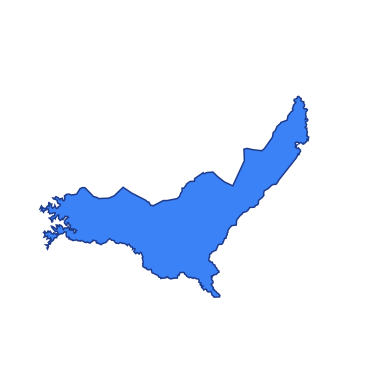 Jardim, Mato Grosso do Sul, Brazil (Albers equal-area conic projection), rotated 136°
{"feature_id": "56859067B9427285142105", "entity_name": "Jardim", "entity_type": "district", "adm_level": 2, "iso_a3": "BRA", "parent_name": "Brazil", "parent_adm1": "Mato Grosso do Sul", "projection": "albers", "projection_center": [-56.285, -21.608], "detail": "fine", "context": "isolated", "style": "filled", "palette": "blue", "viewbox_px": 384, "rotation_deg": 136, "n_neighbors": 0, "source": "geoboundaries", "source_scale": "gbopen_adm2", "svg_char_len": 6087}
<svg xmlns="http://www.w3.org/2000/svg" viewBox="0 0 384 384"><g transform="rotate(136 192 192)"><path d="M283.7,277.4L284.9,277.7L285.6,277.2L286.4,277.8L288.4,275.2L290.3,274.6L290.8,275.7L289.5,277.5L291.3,278.5L292.4,278.2L292.2,280.7L293.1,283.2L294.4,282.9L295.5,283.3L296.2,284.3L296.4,283.1L295.4,281.7L294.8,279.7L296.3,277.4L296.0,275.9L295.4,275.3L295.5,274.4L296.5,273.7L299.0,274.2L300.0,273.7L300.7,274.1L300.9,275.0L299.9,277.6L300.9,276.9L303.6,277.2L303.0,279.5L301.2,280.7L302.3,281.5L302.0,283.0L302.4,283.8L303.3,283.2L304.5,280.9L305.0,282.1L306.4,282.3L308.3,281.6L309.3,282.4L310.3,284.3L310.0,286.6L313.0,285.4L311.1,284.7L311.7,283.7L313.5,283.3L312.6,282.7L312.8,280.5L311.7,281.1L307.2,280.0L308.3,277.8L309.5,277.2L309.0,276.2L309.4,274.9L308.5,274.7L307.6,273.6L305.7,273.1L304.9,272.1L307.2,270.6L308.9,271.5L311.6,271.5L312.8,272.3L312.6,269.7L313.6,267.8L312.8,267.5L311.2,269.0L310.3,269.1L309.3,268.9L309.0,267.6L308.3,268.3L304.6,268.6L303.8,268.2L306.5,265.5L306.1,264.5L306.7,263.2L304.7,262.7L303.7,263.0L303.9,261.8L300.0,262.7L299.7,261.7L298.7,261.1L298.5,259.5L302.2,260.2L305.2,258.6L305.6,255.9L305.3,254.8L303.7,256.1L302.6,256.4L302.2,255.7L303.3,253.5L302.5,252.5L304.2,251.3L304.7,250.2L304.1,248.4L302.8,248.0L302.6,246.6L301.8,245.8L301.8,244.4L302.9,244.6L303.5,243.8L305.3,244.2L303.9,246.7L306.6,250.1L305.7,250.7L305.1,252.7L307.4,253.1L308.4,254.5L310.6,254.3L309.4,256.9L309.5,259.0L310.2,260.5L311.5,259.4L312.1,260.4L311.7,261.5L312.6,262.6L314.2,259.3L315.2,259.2L316.2,263.8L316.9,265.0L317.5,263.5L317.8,258.3L316.9,258.3L316.4,257.1L316.7,255.7L317.6,255.1L318.2,256.0L319.1,255.6L319.8,258.6L320.7,258.1L321.7,259.2L321.3,262.4L322.7,262.3L322.6,263.9L324.9,263.5L325.5,264.3L325.2,266.1L327.0,265.9L326.5,265.0L327.7,263.1L329.8,262.3L326.4,260.7L326.9,260.0L328.9,258.9L327.8,258.6L326.7,257.0L325.7,257.3L325.9,256.3L326.2,255.5L330.4,255.6L330.4,254.4L331.5,254.1L330.0,252.9L328.5,254.1L325.2,253.6L322.9,254.7L321.1,253.1L320.3,253.8L318.5,254.0L315.3,253.2L314.2,252.0L311.1,251.7L310.3,250.6L313.0,247.8L313.3,246.6L311.9,244.9L312.8,244.5L313.1,243.6L311.9,242.5L312.3,241.8L311.5,241.0L311.5,239.9L308.1,237.5L308.1,236.3L307.4,235.9L306.5,234.2L305.2,234.1L303.9,230.1L303.2,229.1L301.8,228.5L301.5,227.1L300.7,226.0L299.6,226.2L297.6,225.5L296.7,226.1L296.1,225.4L294.8,222.9L296.1,222.0L295.7,220.9L294.6,220.2L294.8,219.2L293.8,217.2L292.2,217.1L289.0,215.5L285.1,215.9L283.5,215.6L283.4,213.4L281.7,211.0L282.2,209.9L282.2,208.0L280.5,205.9L278.6,205.4L277.7,203.2L276.9,202.9L275.9,200.9L275.6,198.3L274.3,198.8L273.5,197.8L274.2,195.1L273.3,194.1L273.5,192.7L274.5,192.0L273.3,191.8L272.5,190.9L273.0,190.2L275.2,189.6L275.3,186.7L273.4,186.6L273.2,184.1L271.0,184.5L270.7,183.7L272.4,179.3L273.3,179.4L276.2,174.9L277.1,174.9L277.6,173.8L278.7,173.2L279.1,172.3L278.5,170.0L277.7,169.5L278.2,168.3L277.5,166.3L275.1,164.8L276.8,161.7L274.4,155.5L275.0,153.8L273.9,152.2L274.5,151.5L270.5,148.4L269.3,148.7L268.3,148.0L268.8,147.2L267.7,144.3L264.5,142.3L262.4,140.3L260.1,141.9L259.3,141.9L259.0,141.1L256.5,142.4L254.1,140.1L253.6,139.2L254.3,138.1L253.9,137.0L254.3,135.1L253.5,132.2L252.4,131.9L251.3,129.2L250.0,129.1L249.4,127.0L247.9,124.9L248.2,123.5L249.7,122.4L249.5,121.3L248.7,120.6L249.6,119.4L250.3,119.8L250.7,119.0L249.5,116.9L250.7,117.3L251.5,116.6L251.0,115.7L251.6,113.3L249.7,112.8L249.4,111.7L250.1,109.8L249.6,108.6L247.6,107.4L249.2,103.6L248.9,102.2L249.2,101.1L245.1,97.4L243.8,98.2L243.6,100.5L244.1,101.8L243.8,103.4L244.2,104.5L243.8,106.6L244.6,107.2L243.1,108.4L242.6,111.7L242.1,112.4L240.9,111.8L239.7,112.3L238.9,113.4L238.7,115.5L236.5,116.9L237.1,117.5L236.4,118.1L234.4,116.9L233.4,117.2L232.0,115.9L229.3,116.0L228.2,115.6L227.5,116.8L227.9,118.5L227.2,119.9L227.2,122.5L226.3,123.3L227.0,125.2L226.2,127.7L227.5,129.0L227.0,130.1L227.5,130.8L227.3,131.6L224.2,133.3L222.5,135.0L221.3,134.5L219.2,134.9L215.0,133.5L209.9,135.7L208.6,135.4L207.1,133.8L205.7,133.7L200.6,136.1L199.7,135.1L198.2,136.3L196.2,136.9L195.4,138.0L194.1,138.1L193.0,139.3L189.1,140.2L186.6,140.1L183.1,137.5L179.4,140.8L173.8,141.6L171.2,141.3L170.0,141.9L166.4,140.2L164.5,140.0L161.2,140.7L158.0,138.0L157.0,137.7L156.2,138.2L153.4,137.2L152.1,137.7L150.6,139.3L149.4,139.7L145.7,139.3L142.7,139.6L141.2,141.5L139.1,142.7L135.3,141.6L129.7,141.5L127.9,140.7L126.4,139.3L125.5,139.2L120.5,140.4L93.1,144.1L90.3,145.2L89.5,144.7L89.0,145.6L88.3,144.8L87.3,145.7L85.8,145.8L84.9,146.8L84.9,149.9L86.0,150.0L86.5,152.6L85.3,152.3L83.9,152.9L85.0,153.5L83.3,155.8L81.8,155.1L80.9,153.2L81.5,152.5L79.6,152.2L78.9,151.4L79.1,149.8L78.4,148.9L77.7,149.4L76.6,148.7L73.7,148.9L73.0,149.8L72.9,148.4L71.9,148.8L70.9,150.0L69.9,150.4L70.5,152.8L69.4,153.1L69.0,154.4L67.7,154.6L66.1,157.3L65.1,158.0L65.9,158.7L65.6,160.1L64.5,159.8L62.5,161.1L62.5,162.6L61.7,163.5L59.5,162.9L58.5,163.5L58.3,164.8L60.1,165.6L57.7,166.7L56.8,168.4L54.5,170.5L52.4,170.6L51.7,171.2L52.2,173.0L53.4,173.4L53.5,174.5L53.2,175.6L51.8,175.5L50.4,176.6L49.9,178.7L49.0,179.1L50.3,181.9L48.5,183.4L49.0,184.3L48.8,186.6L49.9,187.3L51.5,186.3L54.2,187.6L55.1,186.9L55.5,185.7L54.7,184.7L55.4,184.1L58.8,184.0L59.6,183.1L61.9,182.2L62.3,180.9L63.4,180.5L64.5,180.9L70.1,180.1L73.6,177.6L79.8,180.3L80.9,179.9L85.2,180.1L89.7,178.2L92.2,178.4L96.2,175.5L109.9,172.9L113.1,173.2L118.5,179.7L122.2,185.2L124.9,186.7L132.6,178.1L158.4,168.1L161.7,176.8L162.9,185.5L163.1,191.8L168.0,195.8L169.9,196.3L170.8,197.2L170.5,198.1L180.8,199.8L182.7,198.0L186.0,200.9L189.9,201.5L194.2,200.5L195.3,200.6L196.6,201.7L197.8,200.1L199.4,199.1L200.6,199.1L204.0,197.5L207.3,197.6L215.8,203.1L218.6,205.8L229.7,209.1L230.0,210.2L231.0,211.1L230.1,214.8L230.8,215.7L231.1,218.4L236.2,233.4L238.3,243.3L250.7,243.3L256.3,245.5L263.9,252.3L263.9,253.6L266.0,257.2L266.0,269.3L267.5,271.1L270.0,272.2L276.6,270.6L280.9,273.7L281.9,275.9L283.7,277.4ZM332.5,254.0L333.3,255.0L333.9,255.5L333.4,253.6L333.6,252.2L332.8,252.6L332.5,254.0ZM335.5,251.4L334.4,252.2L335.3,252.5L335.5,251.4Z" fill="#3b82f6" stroke="#1e3a8a" stroke-width="1.5"/></g></svg>